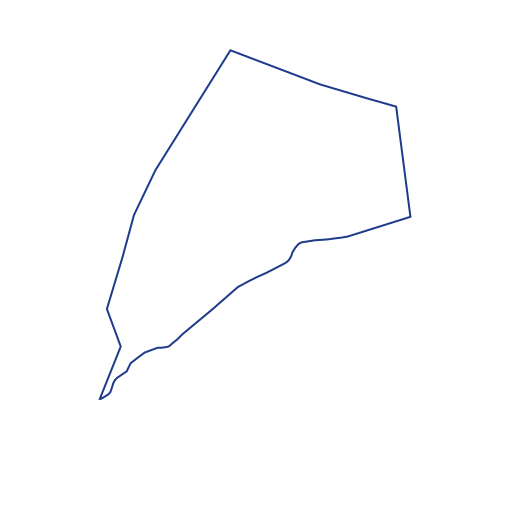 Bayantal, Dornogovi, Mongolia, rotated 292°
{"feature_id": "93677404B54852332365527", "entity_name": "Bayantal", "entity_type": "district", "adm_level": 2, "iso_a3": "MNG", "parent_name": "Mongolia", "parent_adm1": "Dornogovi", "projection": "natural_earth1", "projection_center": [108.074, 46.665], "detail": "fine", "context": "isolated", "style": "outline", "palette": "blue", "viewbox_px": 512, "rotation_deg": 292, "n_neighbors": 0, "source": "geoboundaries", "source_scale": "gbopen_adm2", "svg_char_len": 1055}
<svg xmlns="http://www.w3.org/2000/svg" viewBox="0 0 512 512"><g transform="rotate(292 256 256)"><path d="M65.0,164.7L65.2,165.5L66.1,166.2L67.7,167.5L70.1,169.3L70.9,169.8L72.0,170.7L73.1,171.2L73.7,171.4L74.3,171.6L74.7,171.8L75.1,171.8L75.4,171.9L75.5,171.9L78.6,171.8L85.3,171.3L85.6,171.4L87.1,171.6L88.0,171.7L90.9,172.8L96.9,176.8L100.5,179.3L105.1,179.6L109.6,179.9L117.0,184.2L120.8,186.5L124.8,189.0L130.5,195.2L131.9,196.8L133.2,198.2L134.0,199.0L135.5,202.6L138.2,207.4L139.6,209.1L142.1,210.4L144.5,211.6L148.9,214.1L155.7,217.0L168.6,223.9L191.5,236.2L197.3,239.1L220.4,250.8L223.3,253.2L229.7,258.5L236.4,264.4L244.8,272.4L260.2,285.6L262.1,286.9L264.3,287.9L266.7,288.4L269.5,288.7L272.7,288.4L278.3,289.3L282.2,290.6L284.2,291.7L285.9,293.4L287.3,295.8L292.7,304.8L296.8,313.3L298.3,316.3L302.3,323.3L305.2,328.6L306.3,330.3L308.0,333.2L350.2,384.5L447.0,330.0L443.7,299.5L439.1,251.2L437.1,155.2L298.0,130.6L248.2,127.5L205.5,132.6L151.0,137.6L121.4,164.5L66.4,164.7L65.0,164.7Z" fill="none" stroke="#1e3a8a" stroke-width="2"/></g></svg>